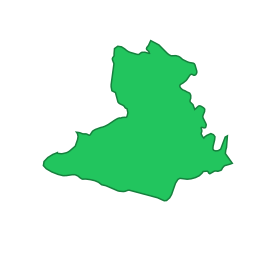 the County of Shkodër, rotated 252°
{"feature_id": "ALB-1498", "entity_name": "Shkodër", "entity_type": "County", "adm_level": 1, "iso_a3": "ALB", "parent_name": "Albania", "parent_adm1": "", "projection": "albers", "projection_center": [19.744, 42.245], "detail": "fine", "context": "isolated", "style": "filled", "palette": "green", "viewbox_px": 256, "rotation_deg": 252, "n_neighbors": 0, "source": "natural_earth", "source_scale": "10m", "svg_char_len": 2896}
<svg xmlns="http://www.w3.org/2000/svg" viewBox="0 0 256 256"><g transform="rotate(252 128 128)"><path d="M126.2,50.7L126.4,52.9L126.1,52.7L125.3,54.0L124.1,56.6L123.8,58.2L123.5,61.6L123.6,63.1L124.1,65.2L127.0,72.2L132.5,76.4L135.3,77.9L138.3,78.2L139.9,77.7L138.8,80.0L138.4,80.7L137.7,81.6L137.1,82.3L136.5,83.1L136.1,84.0L135.4,86.2L134.8,87.1L133.3,88.6L133.0,89.2L133.3,90.0L135.9,93.3L136.3,94.7L136.7,96.6L136.9,102.3L136.7,104.1L136.8,106.7L137.4,110.3L139.6,118.0L140.2,121.0L140.2,123.0L139.9,123.6L139.7,124.3L139.8,125.3L139.7,126.1L139.3,127.9L138.7,129.5L139.1,130.4L140.2,131.2L142.5,132.6L146.7,133.0L147.6,131.9L148.0,131.6L148.6,131.4L149.3,131.3L150.2,130.9L151.2,130.2L153.6,127.7L154.7,126.9L155.8,126.5L165.6,127.0L168.4,124.2L172.4,124.7L174.5,125.4L193.5,134.5L197.5,134.3L198.7,134.5L199.7,135.3L200.3,136.3L201.2,137.2L202.7,137.6L207.7,139.7L208.9,143.5L207.2,146.9L204.3,149.3L202.2,150.6L200.7,151.8L199.5,153.1L195.1,159.6L194.6,161.3L195.4,163.1L195.7,164.6L194.8,167.6L192.4,171.1L192.3,171.5L194.2,171.4L195.5,170.8L196.7,170.1L197.6,170.0L198.8,170.8L200.2,173.0L204.1,176.6L197.4,183.1L186.7,188.5L184.8,189.8L183.3,191.4L182.0,195.9L180.4,198.3L178.9,199.6L176.3,201.1L172.6,204.9L171.4,206.5L169.5,210.1L168.6,210.9L167.3,211.2L160.8,211.0L159.3,210.5L158.4,209.7L157.7,208.7L157.6,207.7L157.8,206.9L159.2,205.5L159.5,204.9L159.5,204.1L159.1,203.1L155.9,199.0L155.2,197.9L153.9,194.5L153.4,192.2L153.1,191.1L152.1,190.2L151.1,190.1L149.3,190.6L147.4,191.8L145.8,193.7L144.1,195.2L142.9,196.6L142.1,197.4L140.8,197.7L139.4,197.7L136.8,196.8L135.5,195.8L134.4,195.2L133.3,195.3L130.1,197.0L125.0,197.2L126.9,201.5L127.1,202.3L126.9,203.1L126.3,204.0L125.1,205.1L123.7,206.2L122.2,206.8L120.0,205.9L117.0,203.4L115.7,202.6L114.3,202.5L108.2,203.4L106.8,203.4L105.3,202.5L104.7,202.1L104.4,201.4L104.6,200.4L105.2,199.4L105.7,198.6L105.9,198.1L105.7,197.7L105.2,197.5L103.3,197.5L102.3,197.3L101.3,196.7L100.7,196.2L100.2,195.9L99.6,195.8L96.8,196.2L95.0,197.0L95.7,197.9L96.6,200.5L97.1,205.1L95.2,207.2L92.8,208.0L89.9,206.7L84.2,203.2L81.9,202.3L80.4,202.5L79.1,204.3L78.6,206.8L79.2,209.6L89.3,217.6L89.8,220.1L79.1,215.7L76.7,214.1L73.6,212.7L62.2,216.3L62.1,213.9L62.3,208.1L60.9,205.6L59.4,204.1L59.0,203.2L59.1,202.3L59.0,200.8L59.2,199.7L59.9,198.5L60.3,196.9L59.2,191.7L60.1,190.9L61.5,190.7L62.5,189.9L63.4,186.1L62.2,184.5L60.6,181.1L60.0,176.8L60.2,172.3L61.0,168.5L64.1,161.8L63.7,159.6L63.3,159.1L60.8,156.1L51.3,148.9L48.7,146.0L48.7,145.9L47.1,142.3L47.6,140.0L49.0,138.4L52.5,134.6L68.6,109.8L68.8,108.6L68.7,105.5L69.0,103.9L70.6,100.2L71.4,98.9L80.0,89.1L82.2,85.4L85.5,83.2L88.2,80.1L90.5,76.3L92.5,72.1L93.5,68.7L95.5,67.0L97.8,65.6L99.9,63.3L100.8,60.6L101.8,54.7L102.7,51.6L105.5,47.1L109.8,41.9L111.5,40.4L114.5,37.7L118.4,35.9L122.1,37.8L124.7,42.7L126.1,48.4L126.2,50.7Z" fill="#22c55e" stroke="#15803d" stroke-width="1.5"/></g></svg>